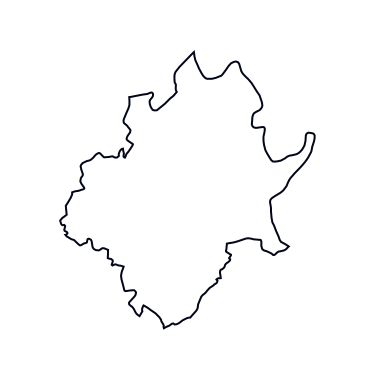 Viet Yen, Bắc Giang, Vietnam (Equal Earth projection), rotated 220°
{"feature_id": "81297802B30186135932553", "entity_name": "Viet Yen", "entity_type": "district", "adm_level": 2, "iso_a3": "VNM", "parent_name": "Vietnam", "parent_adm1": "Bắc Giang", "projection": "equal_earth", "projection_center": [106.091, 21.27], "detail": "fine", "context": "isolated", "style": "outline", "palette": "ink", "viewbox_px": 384, "rotation_deg": 220, "n_neighbors": 0, "source": "geoboundaries", "source_scale": "gbopen_adm2", "svg_char_len": 5987}
<svg xmlns="http://www.w3.org/2000/svg" viewBox="0 0 384 384"><g transform="rotate(220 192 192)"><path d="M283.6,114.7L282.2,113.1L281.2,109.6L280.3,104.4L279.8,100.3L273.4,94.0L274.1,90.9L274.7,88.5L274.6,85.3L272.8,84.1L271.6,83.4L270.5,83.2L269.8,83.4L269.4,83.8L268.8,84.6L267.8,84.6L267.3,84.4L266.7,83.3L266.2,82.2L265.5,80.9L264.6,80.4L262.0,80.9L261.3,80.7L260.9,80.3L260.8,79.8L260.8,78.9L261.0,78.1L261.3,77.8L259.4,77.4L257.4,77.8L254.1,78.3L251.5,79.4L249.0,79.2L245.9,79.0L244.2,79.0L243.6,79.1L243.1,79.5L242.5,80.8L242.0,82.4L241.7,83.1L240.8,84.3L240.1,85.6L240.3,86.2L241.4,88.1L241.6,88.6L241.5,89.3L241.3,89.6L240.6,90.1L238.7,90.4L238.0,90.2L236.9,89.5L233.1,86.2L232.1,85.6L230.8,85.3L229.5,85.4L228.3,85.7L225.8,87.4L225.2,89.1L224.8,90.7L224.3,91.6L223.1,92.4L219.1,93.7L215.8,89.6L214.0,87.2L213.3,87.4L210.9,88.6L209.9,88.7L209.1,88.7L208.6,88.5L208.3,88.3L207.6,86.8L207.4,86.2L207.0,85.2L206.8,84.7L206.4,84.6L205.7,84.6L205.1,85.7L204.8,86.5L204.2,87.3L203.3,87.8L201.7,88.2L200.3,89.0L199.1,89.8L196.4,90.9L195.6,88.9L194.7,86.2L193.7,84.2L192.4,82.1L190.0,79.9L183.5,75.3L180.8,73.3L180.3,73.1L179.4,73.2L178.5,74.1L176.1,76.8L174.0,78.9L173.5,79.3L172.8,79.6L171.7,79.5L170.8,79.3L170.2,78.9L169.5,77.7L169.1,76.8L168.9,75.3L168.9,74.1L169.1,69.6L169.2,67.4L169.0,66.6L168.5,66.1L168.2,65.7L167.3,65.5L166.0,65.4L164.0,65.6L161.7,65.1L157.6,63.4L156.0,63.0L154.4,63.0L152.4,63.2L153.3,68.7L154.1,69.2L155.1,70.4L156.0,72.8L156.2,73.5L156.2,74.0L151.7,74.8L147.9,75.0L142.1,75.6L136.6,75.1L133.7,74.3L132.2,73.2L129.1,72.2L127.9,71.6L126.9,70.2L125.9,69.6L125.1,71.9L124.5,73.1L123.4,75.2L122.9,77.5L122.7,78.1L122.2,78.9L121.8,79.3L120.3,79.3L119.8,79.7L118.9,80.7L118.3,81.8L117.7,83.2L117.3,84.8L116.7,87.7L114.8,92.1L113.6,93.8L112.6,94.7L112.6,98.1L112.4,103.5L112.5,104.5L112.7,105.7L113.3,107.1L115.1,109.9L116.7,114.9L117.6,117.8L117.6,119.1L117.6,120.0L117.0,122.4L117.0,123.1L116.9,123.9L117.0,125.9L116.8,130.0L115.5,134.3L115.6,134.8L115.5,135.6L115.2,136.3L114.7,137.7L114.7,138.3L114.8,139.0L115.2,140.0L115.4,140.4L117.0,140.6L117.0,141.2L116.5,142.7L114.6,144.5L116.6,146.4L118.7,148.1L119.6,149.5L119.9,150.3L120.0,150.6L119.9,151.1L119.7,151.5L119.4,152.0L119.1,152.7L118.9,154.6L118.9,155.1L119.0,155.7L119.7,157.2L119.9,158.2L119.7,159.8L119.2,161.4L118.9,163.8L119.0,164.2L119.5,165.0L120.6,165.0L121.0,165.1L121.1,165.3L121.4,168.4L121.8,169.0L125.9,168.4L126.9,168.3L127.7,168.3L128.1,168.7L128.9,170.3L132.1,174.9L130.3,177.1L127.6,180.2L125.1,183.9L120.7,191.1L119.3,192.6L116.9,194.2L114.5,195.3L108.6,199.4L107.4,198.9L106.4,198.0L104.4,195.4L101.8,193.6L101.1,193.4L100.2,193.4L99.0,193.6L97.1,194.5L94.4,195.3L91.4,196.0L89.5,195.9L89.0,196.1L88.5,196.7L88.2,197.5L88.0,199.4L87.9,200.3L87.7,201.1L87.2,202.3L86.4,203.1L83.9,206.5L83.2,208.5L82.9,212.5L87.0,212.0L91.8,211.0L93.8,211.6L97.4,213.7L102.1,216.0L107.7,219.1L110.9,220.4L114.5,223.4L119.0,227.9L121.3,230.6L125.7,234.4L126.4,235.4L126.7,236.0L126.9,236.8L126.9,238.0L126.7,239.3L125.6,242.9L123.7,248.5L123.1,251.9L123.2,254.4L123.4,257.3L124.4,260.4L125.3,263.9L125.5,266.0L125.4,272.3L124.8,280.6L124.7,284.3L124.7,287.3L124.8,289.1L125.1,292.6L126.4,299.0L127.0,300.5L128.9,303.8L130.8,308.5L132.2,311.3L133.5,313.1L134.5,314.2L135.7,314.7L137.1,314.6L139.4,313.3L140.9,312.3L141.5,311.1L141.6,309.8L141.0,308.3L137.9,304.1L135.8,300.0L135.3,297.8L134.9,295.2L135.0,292.5L135.3,290.6L136.1,288.4L137.5,286.4L139.1,284.3L140.7,282.5L141.7,280.5L142.5,277.2L144.1,273.2L146.1,270.6L148.0,268.6L149.6,267.4L151.6,267.3L154.2,268.1L159.2,269.8L162.6,271.2L166.6,274.0L169.9,276.9L172.8,280.3L175.0,284.5L176.6,287.0L177.6,287.7L178.5,287.9L179.7,287.2L181.2,285.5L184.1,282.3L185.9,281.3L187.7,281.2L189.6,282.2L191.9,285.5L193.9,288.2L194.9,290.6L195.1,292.2L194.6,294.0L193.6,296.5L192.9,297.9L192.7,300.5L193.1,302.4L193.8,303.6L195.9,305.5L199.3,307.6L202.3,309.4L207.6,310.9L214.0,313.0L216.2,313.7L221.3,314.6L225.1,314.8L229.1,315.3L231.8,316.2L238.3,320.5L240.3,321.0L241.7,320.4L242.7,319.8L243.7,318.3L244.6,316.2L244.9,315.3L244.9,314.1L245.0,312.3L244.5,307.0L244.3,303.7L244.2,301.9L244.3,300.0L245.1,298.5L247.1,294.8L249.6,291.4L253.4,288.3L254.9,287.9L255.7,287.9L258.1,288.2L260.4,288.9L266.1,291.1L268.1,292.2L274.1,295.1L277.1,297.3L280.5,300.4L280.9,295.7L282.0,279.8L281.8,273.6L281.5,272.4L280.8,270.7L278.9,268.2L276.0,265.1L275.3,264.6L274.2,264.3L273.6,264.0L273.1,263.6L271.2,261.1L270.4,260.2L269.5,259.4L269.0,259.2L268.3,259.1L268.1,259.0L267.9,258.3L268.0,256.8L268.0,254.0L268.3,252.3L268.8,250.0L269.5,242.1L271.4,232.1L272.3,231.2L273.2,230.4L274.3,229.8L274.9,229.7L275.7,229.8L278.4,230.7L280.9,232.3L282.6,234.0L283.1,234.9L283.3,235.6L283.3,238.6L283.6,240.4L284.4,241.5L285.0,242.1L285.7,242.4L286.2,242.4L286.8,242.3L287.8,241.2L289.2,238.4L291.7,235.7L293.9,233.1L299.9,225.6L301.1,224.4L298.4,221.5L295.7,218.2L294.3,214.7L293.1,210.5L291.3,204.8L290.9,203.7L290.4,202.8L289.4,201.7L288.4,201.1L284.7,201.1L280.8,200.3L279.0,199.9L277.7,197.9L277.7,197.3L277.4,193.7L277.0,192.2L276.4,190.8L275.5,190.2L274.0,190.1L270.6,190.4L268.4,190.7L267.9,190.6L267.4,189.0L266.9,184.9L266.6,181.3L266.7,180.2L266.6,178.9L266.2,177.7L265.4,175.4L265.9,175.0L266.6,175.0L267.4,175.3L268.9,177.7L271.2,179.4L272.7,180.8L273.3,180.1L273.5,179.6L273.6,178.8L273.6,178.1L273.6,177.2L273.2,175.8L272.5,174.0L272.0,173.4L271.4,172.9L271.2,172.3L271.2,172.0L271.6,170.4L272.0,169.8L272.4,169.4L273.1,169.0L273.7,168.7L275.9,168.2L278.4,165.2L281.6,162.1L282.3,162.0L287.2,162.5L288.2,162.2L288.7,161.6L289.3,160.1L289.6,159.0L289.7,158.1L289.7,155.3L289.8,154.1L290.3,151.3L290.9,150.2L292.5,148.0L294.3,144.0L294.4,141.9L294.2,140.9L293.9,140.2L293.4,139.7L292.1,138.8L291.5,138.2L287.2,135.6L286.8,135.2L286.3,134.2L286.2,133.4L286.2,132.2L285.8,130.7L284.3,128.3L282.2,127.3L277.7,126.1L277.0,125.7L276.8,125.4L276.8,124.8L277.2,123.9L277.8,123.1L279.6,120.1L282.3,117.0L283.6,114.7Z" fill="none" stroke="#020617" stroke-width="2"/></g></svg>